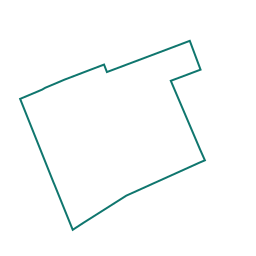 outline of Knox, Ohio, United States of America, rotated 156°
{"feature_id": "52423323B4232054148696", "entity_name": "Knox", "entity_type": "district", "adm_level": 2, "iso_a3": "USA", "parent_name": "United States of America", "parent_adm1": "Ohio", "projection": "equal_earth", "projection_center": [-82.438, 40.406], "detail": "fine", "context": "isolated", "style": "outline", "palette": "teal", "viewbox_px": 256, "rotation_deg": 156, "n_neighbors": 0, "source": "geoboundaries", "source_scale": "gbopen_adm2", "svg_char_len": 380}
<svg xmlns="http://www.w3.org/2000/svg" viewBox="0 0 256 256"><g transform="rotate(156 128 128)"><path d="M38.0,151.8L36.1,182.5L124.5,187.7L124.1,195.7L166.3,198.0L187.3,198.4L190.8,198.0L214.7,198.5L218.2,108.3L218.2,106.8L219.9,57.5L206.7,59.6L169.2,65.1L157.0,66.9L77.1,67.3L70.9,67.2L70.9,79.0L69.7,153.7L38.0,151.8Z" fill="none" stroke="#0f766e" stroke-width="2"/></g></svg>